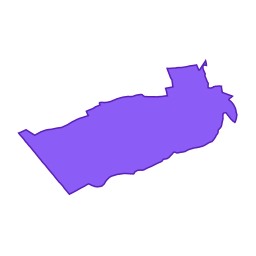 the district of Khan Na Yao, Bangkok Metropolis, Thailand, rotated 87°
{"feature_id": "78962969B51351558142585", "entity_name": "Khan Na Yao", "entity_type": "district", "adm_level": 2, "iso_a3": "THA", "parent_name": "Thailand", "parent_adm1": "Bangkok Metropolis", "projection": "equal_earth", "projection_center": [100.671, 13.819], "detail": "fine", "context": "isolated", "style": "filled", "palette": "violet", "viewbox_px": 256, "rotation_deg": 87, "n_neighbors": 0, "source": "geoboundaries", "source_scale": "gbopen_adm2", "svg_char_len": 5534}
<svg xmlns="http://www.w3.org/2000/svg" viewBox="0 0 256 256"><g transform="rotate(87 128 128)"><path d="M64.9,47.0L67.8,49.1L70.1,50.8L73.1,53.0L73.8,53.5L73.9,54.3L68.6,56.2L68.7,56.8L69.1,60.9L69.2,62.6L70.0,67.2L70.0,67.5L70.1,68.2L70.3,70.5L70.4,72.6L70.3,73.5L70.3,74.4L70.3,75.1L70.3,75.8L70.5,76.7L70.6,78.1L70.6,81.3L70.7,83.6L70.6,84.3L70.5,85.8L71.1,85.7L72.9,85.1L80.1,82.8L80.4,82.6L81.1,82.3L82.0,81.6L84.6,81.4L86.3,81.2L86.5,81.3L86.8,81.2L87.3,81.2L88.5,81.1L89.1,80.9L89.3,81.0L89.9,85.1L90.1,86.7L90.2,87.9L90.4,88.4L92.6,87.8L93.1,87.8L93.6,87.6L94.6,87.5L95.8,87.3L96.7,87.2L97.9,87.0L97.9,88.1L98.1,90.9L98.3,92.2L98.3,92.6L98.3,94.5L98.3,95.5L98.3,95.9L98.4,96.7L98.4,98.0L98.2,99.6L98.1,101.7L97.9,104.6L97.9,105.4L97.9,105.7L97.8,106.9L97.6,107.7L97.6,109.1L97.4,110.0L97.2,110.3L97.0,110.5L96.7,110.9L96.3,111.4L95.9,111.7L95.5,112.1L95.4,112.4L95.2,113.0L95.3,115.0L95.4,115.9L95.7,118.3L95.8,118.6L96.7,121.6L96.8,122.5L96.7,125.1L96.5,126.0L96.6,127.5L96.8,129.5L96.9,131.1L97.3,133.2L97.5,134.0L97.8,135.2L98.1,136.7L98.3,137.5L99.3,140.1L99.4,140.4L99.6,141.2L99.7,141.6L99.9,141.8L100.1,142.4L100.3,142.9L100.5,143.5L101.2,147.0L101.3,147.9L101.3,149.8L101.3,150.8L101.0,152.5L101.0,153.2L101.0,154.0L101.0,154.3L101.1,154.7L101.3,155.1L101.7,155.3L102.3,155.1L103.5,154.6L104.6,157.6L105.3,159.8L106.0,160.3L106.1,161.0L106.9,162.4L108.3,166.6L109.1,168.7L111.2,168.0L113.5,167.0L115.0,172.3L115.8,175.8L116.1,176.5L116.8,178.6L117.4,179.8L118.2,181.6L118.4,182.1L118.8,183.2L119.3,184.0L119.6,184.6L119.8,185.0L120.8,186.8L121.8,188.7L122.4,190.2L122.4,190.3L122.9,191.5L123.2,192.3L123.6,193.4L123.9,194.0L124.0,194.6L124.3,198.2L124.6,200.4L125.1,203.3L125.3,204.8L125.4,207.5L125.5,208.5L125.7,209.7L126.2,211.8L126.9,213.8L127.2,215.1L127.6,215.8L127.8,216.2L128.1,217.0L128.4,217.5L130.0,220.9L130.3,221.5L127.9,225.0L124.4,229.9L125.7,233.1L126.6,235.3L127.3,237.5L128.7,236.6L129.5,235.9L130.1,235.5L130.3,235.3L130.8,234.9L131.9,234.0L133.9,232.5L135.3,231.6L136.4,230.9L137.5,229.9L138.9,228.9L139.7,228.3L140.1,228.1L141.6,226.7L142.6,226.0L143.2,225.6L144.8,224.4L145.1,224.2L145.7,223.8L147.2,222.6L151.4,219.6L153.1,218.4L155.3,216.7L156.9,215.7L158.3,214.6L158.5,214.4L159.3,213.8L159.7,213.4L160.9,212.4L162.0,211.7L162.6,211.3L163.4,210.7L164.0,210.2L165.0,209.6L167.0,208.0L169.3,206.3L171.3,204.7L173.7,203.1L178.7,199.4L179.2,198.8L180.3,197.9L181.2,197.2L182.1,196.5L182.7,196.0L183.5,195.5L184.6,194.9L191.1,190.0L190.7,189.3L189.9,187.4L188.1,183.5L185.6,178.5L184.2,175.4L183.8,174.5L182.4,171.9L181.7,170.2L181.9,169.8L182.5,168.7L183.1,167.8L183.7,166.5L184.7,164.1L185.0,162.6L185.1,161.9L185.1,161.3L185.0,159.5L184.9,158.8L184.8,158.1L184.5,157.0L184.4,156.8L184.2,156.6L183.3,155.5L182.7,154.8L182.2,154.4L180.4,153.3L179.1,152.2L177.4,150.4L176.4,149.3L175.4,147.4L175.2,146.9L174.5,144.0L174.1,142.5L174.1,142.1L173.8,141.3L173.6,139.7L173.7,139.4L173.5,137.7L173.3,135.4L173.2,133.9L173.4,131.9L173.5,131.6L173.5,130.9L173.7,128.9L173.9,127.9L173.9,127.3L174.2,125.1L173.9,124.5L173.7,124.3L172.6,123.7L172.4,123.6L171.8,122.7L171.4,121.9L170.9,120.9L170.7,119.5L170.7,118.9L170.8,116.4L170.8,116.0L170.7,115.3L170.8,115.3L170.6,114.4L170.4,113.8L170.0,113.0L169.5,112.0L168.7,110.1L168.3,108.9L167.3,106.2L166.6,104.7L164.8,100.5L164.3,99.3L163.8,97.8L163.2,96.4L163.1,96.2L162.6,95.6L162.4,95.4L161.4,94.6L161.1,94.2L161.0,93.7L160.9,93.1L160.9,92.1L160.7,91.1L160.5,90.2L159.9,89.3L159.6,88.7L159.4,88.5L158.2,87.3L156.8,85.8L156.6,85.5L154.9,84.0L154.7,83.6L154.5,83.0L154.6,82.6L155.0,81.4L155.4,80.7L155.5,80.3L155.5,79.9L155.2,77.9L155.1,77.3L155.0,76.7L154.8,74.2L154.4,72.1L153.1,69.5L152.8,68.6L152.3,67.0L152.2,66.4L152.0,65.5L151.6,63.9L151.5,63.6L151.4,63.2L151.3,61.5L151.2,61.0L151.1,59.7L150.8,57.7L150.4,56.2L150.3,55.3L149.6,53.1L148.3,50.5L147.5,49.1L146.8,47.7L146.5,46.9L146.0,45.2L145.9,44.8L145.3,44.2L144.4,43.3L142.9,42.1L141.2,40.9L140.5,40.6L139.5,39.9L139.1,39.5L138.2,38.8L137.4,38.4L136.6,38.3L135.0,38.0L134.5,37.7L134.1,37.3L132.7,35.8L132.0,35.3L131.7,35.1L131.5,34.9L131.0,34.7L129.8,34.3L129.3,34.2L128.3,33.9L126.6,33.5L126.0,33.3L125.0,33.0L124.8,33.0L124.5,32.9L123.4,32.6L121.2,32.7L119.8,32.4L118.9,32.3L118.4,32.0L118.2,31.7L118.0,31.3L117.9,29.6L118.0,29.4L118.1,29.2L118.9,28.6L120.3,27.8L120.7,27.4L123.4,25.5L124.4,24.8L124.9,24.4L125.8,23.5L126.4,23.1L126.6,22.8L127.6,21.4L128.0,21.0L127.5,20.6L127.1,20.5L126.8,20.3L126.0,20.0L125.8,19.9L125.5,19.9L124.7,19.5L123.5,19.2L122.8,19.0L121.9,18.9L121.6,18.9L120.6,18.5L119.6,18.8L119.2,18.9L118.4,19.0L118.2,19.0L117.8,19.1L117.4,19.2L117.1,19.3L115.8,19.3L115.6,19.4L114.8,19.6L114.1,19.7L113.0,20.2L112.2,20.4L111.6,20.8L110.6,21.2L110.0,21.5L108.4,22.6L106.9,23.8L105.9,24.9L105.4,25.5L105.1,25.8L104.9,25.9L104.4,25.5L103.8,24.9L103.4,24.4L102.8,23.3L101.7,22.0L101.1,23.1L100.8,24.0L100.2,25.5L100.0,26.1L99.6,26.9L98.9,28.5L98.2,30.2L97.6,31.5L97.4,31.9L97.3,32.0L97.2,32.0L96.9,32.0L96.6,32.0L96.3,32.1L92.8,32.5L91.6,32.6L91.2,32.5L91.2,32.9L91.0,33.9L90.8,34.5L90.8,34.8L90.8,35.1L91.0,37.3L90.9,38.3L91.0,38.9L91.2,39.5L91.3,40.5L91.6,40.6L91.8,41.0L92.1,41.7L92.2,41.8L92.1,42.1L92.4,42.9L92.5,43.4L92.4,43.6L92.3,44.4L92.1,45.3L92.0,45.8L91.1,45.8L90.8,45.9L90.3,45.9L88.9,45.7L88.3,45.5L87.7,45.6L87.2,45.7L87.0,45.8L86.0,46.4L85.4,46.6L79.8,48.5L78.7,48.2L77.9,48.1L74.6,49.4L74.1,49.5L73.6,49.8L73.0,49.9L71.8,50.0L71.5,50.0L70.9,50.3L69.0,49.0L69.3,47.7L69.5,46.7L69.6,46.4L68.1,46.4L64.9,47.0Z" fill="#8b5cf6" stroke="#5b21b6" stroke-width="1.5"/></g></svg>